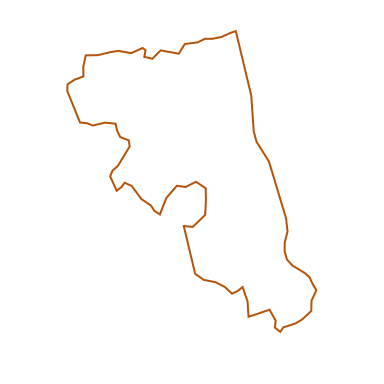 the border of Komárom-Esztergom, rotated 80°
{"feature_id": "HUN-3163", "entity_name": "Komárom-Esztergom", "entity_type": "County", "adm_level": 1, "iso_a3": "HUN", "parent_name": "Hungary", "parent_adm1": "", "projection": "albers", "projection_center": [18.366, 47.587], "detail": "fine", "context": "isolated", "style": "outline", "palette": "amber", "viewbox_px": 384, "rotation_deg": 80, "n_neighbors": 0, "source": "natural_earth", "source_scale": "10m", "svg_char_len": 1167}
<svg xmlns="http://www.w3.org/2000/svg" viewBox="0 0 384 384"><g transform="rotate(80 192 192)"><path d="M266.6,111.1L275.0,110.2L282.0,105.8L291.5,94.8L296.5,91.0L303.1,89.3L310.1,86.7L310.8,86.9L319.8,93.2L329.9,95.2L336.5,105.4L339.4,112.7L341.2,125.6L345.0,129.4L339.8,134.0L333.2,131.9L321.4,136.1L324.7,158.0L309.5,156.3L294.4,158.7L297.3,164.0L299.1,170.2L291.2,176.2L284.9,184.5L280.5,195.8L273.1,203.1L224.1,206.0L226.5,197.3L216.8,183.0L202.0,179.6L190.6,177.9L182.6,186.4L186.0,197.4L183.2,205.8L193.5,218.4L208.5,227.5L204.0,232.4L198.4,234.6L190.1,243.1L175.5,250.4L171.2,256.7L174.9,260.6L177.7,265.9L162.3,269.9L157.2,266.6L153.2,260.2L136.3,245.5L130.2,245.3L125.4,253.2L118.4,255.1L111.5,255.4L108.6,265.5L109.3,278.2L106.1,283.3L104.1,290.2L70.9,297.3L64.3,295.9L61.0,288.0L59.4,278.9L50.0,277.4L39.0,272.9L40.9,261.0L40.1,248.8L40.2,240.1L44.7,227.8L41.6,215.7L44.2,213.1L50.6,215.5L53.9,208.0L47.1,198.3L53.5,181.0L45.0,173.4L45.6,160.4L43.4,152.7L44.7,145.1L44.4,135.8L42.0,126.6L41.2,120.9L107.4,116.9L143.1,120.7L153.8,119.7L175.4,110.9L234.5,103.9L247.5,104.8L258.0,109.5L266.6,111.1Z" fill="none" stroke="#b45309" stroke-width="2"/></g></svg>